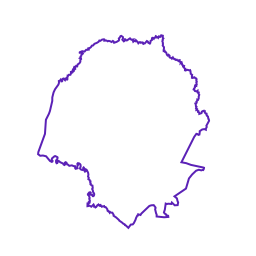 Pathum Rat, Roi Et, Thailand, rotated 192°
{"feature_id": "78962969B53925020566398", "entity_name": "Pathum Rat", "entity_type": "district", "adm_level": 2, "iso_a3": "THA", "parent_name": "Thailand", "parent_adm1": "Roi Et", "projection": "equal_earth", "projection_center": [103.363, 15.626], "detail": "fine", "context": "isolated", "style": "outline", "palette": "violet", "viewbox_px": 256, "rotation_deg": 192, "n_neighbors": 0, "source": "geoboundaries", "source_scale": "gbopen_adm2", "svg_char_len": 5804}
<svg xmlns="http://www.w3.org/2000/svg" viewBox="0 0 256 256"><g transform="rotate(192 128 128)"><path d="M151.9,45.7L151.4,43.1L150.6,43.4L150.2,44.2L147.5,43.4L145.8,46.0L144.9,44.9L144.8,44.0L143.6,44.0L143.3,43.6L142.7,44.1L141.9,46.1L141.1,46.9L140.8,46.3L139.3,46.9L139.2,46.3L138.7,46.5L138.6,46.0L137.5,46.1L137.2,45.6L135.2,46.6L135.0,46.1L134.2,45.8L133.5,46.0L133.0,45.7L131.3,44.2L130.8,42.8L130.0,42.4L129.7,42.6L129.3,42.1L128.7,42.2L128.3,41.5L128.0,42.1L127.3,41.7L125.7,41.9L124.0,40.1L123.9,39.2L121.1,38.1L117.8,36.2L117.3,35.6L114.0,34.2L112.7,33.4L111.3,33.1L110.9,32.8L110.8,32.4L109.8,32.2L106.9,30.4L105.2,34.1L103.3,34.7L102.5,36.2L101.6,39.7L101.4,41.7L100.7,44.3L100.1,44.5L100.1,45.7L97.7,45.5L97.2,47.0L90.9,56.2L89.2,57.2L86.8,57.9L84.7,56.1L84.4,55.6L84.6,54.2L82.8,50.4L82.0,49.3L81.6,47.4L74.1,48.2L70.1,49.4L70.5,50.5L72.4,50.7L72.8,51.4L74.4,52.0L75.3,52.9L75.0,55.8L75.4,61.9L74.2,61.7L72.9,62.3L69.8,62.7L69.6,64.2L66.2,62.1L63.4,62.9L63.5,65.7L64.3,66.7L65.5,69.3L68.3,70.8L58.7,80.8L57.9,91.3L55.6,95.9L52.5,100.4L50.0,101.9L47.5,101.8L46.3,102.5L45.7,102.5L45.3,103.9L45.4,104.9L45.9,105.0L58.7,105.0L63.7,105.7L68.6,105.6L61.4,133.1L59.9,136.5L58.8,136.5L57.7,135.9L56.8,136.4L56.9,138.4L57.2,139.8L55.1,142.0L53.1,142.8L51.5,142.5L51.7,143.5L51.2,145.4L51.8,146.5L50.2,151.9L50.8,153.4L51.3,153.6L52.1,155.7L52.8,156.0L53.1,156.7L53.6,156.7L54.2,157.6L54.2,158.4L55.5,158.6L56.3,159.4L56.3,160.3L56.8,160.2L57.3,160.7L58.5,160.0L59.2,159.3L59.1,158.1L59.4,157.7L61.2,156.6L61.5,157.7L62.3,158.3L62.5,158.8L63.0,158.5L63.4,159.5L64.0,159.8L64.2,160.5L64.9,160.0L65.0,161.0L65.6,161.4L65.4,163.0L66.0,163.2L66.7,165.3L67.2,166.0L66.3,166.5L66.1,167.2L66.6,168.0L65.8,169.4L66.1,170.2L65.3,170.2L65.0,171.9L65.4,173.3L65.2,175.3L66.3,176.4L66.2,177.4L67.3,177.4L67.7,178.9L68.4,178.1L70.2,178.1L71.0,179.1L71.8,179.3L71.7,180.1L70.9,181.5L71.2,182.1L71.2,183.0L70.2,183.2L70.8,184.1L69.8,184.7L70.7,186.9L70.3,187.5L71.1,188.8L71.0,189.7L71.3,190.4L71.7,190.7L72.3,190.6L73.5,191.4L74.3,190.8L75.1,191.1L75.4,190.4L75.9,190.4L76.0,191.4L76.4,192.1L76.3,193.3L77.9,194.1L78.8,196.8L79.3,197.5L79.9,197.1L81.9,197.3L83.4,196.4L83.9,197.4L84.4,196.9L84.6,197.9L86.1,198.9L86.0,200.4L86.5,200.5L86.7,199.7L87.0,199.7L87.3,200.7L88.3,201.2L88.4,201.9L89.2,203.3L89.9,202.5L89.9,203.5L91.2,203.6L91.6,205.1L92.4,204.8L92.6,204.1L94.1,204.6L94.5,205.0L95.3,204.5L96.3,204.8L96.6,205.3L97.7,205.2L98.8,206.4L99.5,205.0L100.2,205.6L101.4,205.5L102.1,205.9L102.4,207.4L103.4,208.0L103.7,207.1L104.2,207.0L105.2,207.8L106.3,209.7L107.1,210.2L107.8,210.2L108.2,211.1L109.1,210.7L109.4,211.7L109.3,212.8L109.6,214.5L111.2,215.9L111.2,217.5L111.6,218.1L111.7,218.9L112.5,220.1L112.2,221.0L112.5,221.7L112.0,223.0L112.8,223.5L113.1,225.5L114.8,225.6L115.2,224.0L115.6,223.7L116.7,224.1L117.2,222.4L118.1,223.0L119.0,222.5L119.5,223.5L119.9,223.6L120.2,222.2L121.0,221.6L121.3,220.6L122.5,221.4L123.0,221.2L123.2,220.8L122.9,219.0L124.0,218.0L123.9,215.8L124.2,215.1L126.0,215.7L126.5,216.6L127.6,217.0L129.2,214.2L130.0,214.1L130.4,213.5L130.8,213.6L131.1,214.6L132.1,214.7L133.1,214.0L133.8,214.5L134.6,214.3L135.5,213.0L136.5,214.2L138.5,215.5L138.6,214.4L140.0,214.6L140.8,213.5L141.1,214.0L141.0,215.8L143.0,215.0L144.7,216.1L147.3,213.4L148.1,213.3L149.0,214.2L149.4,214.2L149.7,212.3L150.1,211.9L151.9,213.2L151.5,214.9L152.0,216.0L153.8,216.7L154.4,216.3L154.9,214.6L155.6,213.7L155.0,212.4L155.2,211.6L157.0,209.9L159.3,208.5L160.0,209.6L160.9,210.0L161.9,208.7L163.8,209.2L165.0,209.2L165.9,208.6L167.2,209.1L169.3,208.5L169.4,209.6L169.9,209.8L171.7,209.1L173.2,207.5L174.2,207.6L174.7,206.2L176.3,204.7L178.3,203.4L179.3,201.5L180.5,201.0L181.0,199.5L181.7,198.6L182.8,198.0L182.7,197.0L183.5,197.3L183.6,196.1L185.2,195.8L186.4,193.7L188.8,193.6L190.9,192.1L190.9,191.6L190.6,191.5L189.5,192.0L189.5,192.4L188.5,192.3L187.6,191.4L188.8,190.0L188.7,188.9L189.3,188.0L188.9,187.1L189.5,186.4L188.4,186.2L188.2,185.7L188.8,184.7L188.4,182.9L189.0,181.2L190.5,179.6L190.5,177.8L191.7,177.9L192.0,176.6L193.2,176.7L193.4,176.1L193.2,175.4L192.1,175.2L191.9,174.8L192.4,174.2L193.1,174.4L194.0,174.0L194.1,172.8L192.9,173.2L192.9,172.3L193.7,171.6L193.9,170.9L194.9,171.3L195.5,171.0L195.1,169.5L195.4,168.1L197.0,167.7L197.4,166.8L197.9,166.7L197.6,165.6L198.2,164.8L197.4,163.4L197.5,162.8L198.6,162.6L199.2,163.4L199.7,163.4L200.1,162.4L199.5,162.4L199.6,161.7L201.6,162.9L202.0,162.5L202.5,161.0L202.1,160.3L202.2,160.0L202.7,159.8L203.0,160.8L203.8,161.5L204.4,160.2L205.4,159.6L204.9,157.8L205.1,156.0L207.4,150.8L208.2,147.4L208.4,142.2L207.7,138.7L207.9,128.4L208.3,125.5L210.0,119.0L208.0,105.0L210.7,85.8L210.5,83.7L208.1,82.6L205.5,83.4L202.2,83.3L197.4,79.5L195.5,79.0L195.0,79.4L194.9,80.1L196.1,81.1L196.0,82.5L194.0,85.1L193.3,85.4L191.0,84.8L190.7,84.3L190.7,83.0L191.6,81.3L191.3,79.7L190.5,78.7L189.9,79.0L189.5,81.2L189.0,81.4L187.1,80.4L184.3,79.8L183.3,78.8L182.4,78.6L182.0,79.3L182.5,81.0L181.9,81.6L181.0,81.3L179.9,79.7L179.1,79.7L177.6,78.8L175.1,79.8L173.3,79.4L171.9,79.6L171.2,77.5L170.7,77.2L169.0,78.1L169.6,79.2L169.6,80.6L169.2,81.4L170.1,82.3L169.8,83.1L168.8,83.3L167.3,82.7L166.7,82.0L166.3,80.4L166.6,78.6L166.1,78.0L165.0,77.5L163.7,77.5L163.3,78.4L163.5,79.7L163.2,80.2L162.7,79.8L162.5,77.9L161.0,76.4L160.4,77.0L160.8,78.3L160.7,78.8L159.8,78.5L157.8,76.1L157.0,74.1L157.0,72.2L156.1,71.3L156.1,69.7L154.9,69.4L154.4,68.4L153.6,68.1L153.6,66.6L152.9,66.1L153.0,65.1L151.8,64.4L150.8,64.3L150.0,61.9L150.4,60.9L149.4,59.7L149.1,58.5L147.5,56.8L147.2,55.8L147.3,54.7L147.8,54.1L148.3,54.0L149.3,55.3L150.3,54.9L151.3,55.7L151.0,56.9L151.7,57.3L152.6,56.8L153.5,54.9L153.3,54.3L152.4,54.1L150.9,51.5L151.2,50.7L150.2,49.0L150.0,46.9L150.5,46.5L151.1,46.9L151.2,45.8L151.9,45.7Z" fill="none" stroke="#5b21b6" stroke-width="2"/></g></svg>